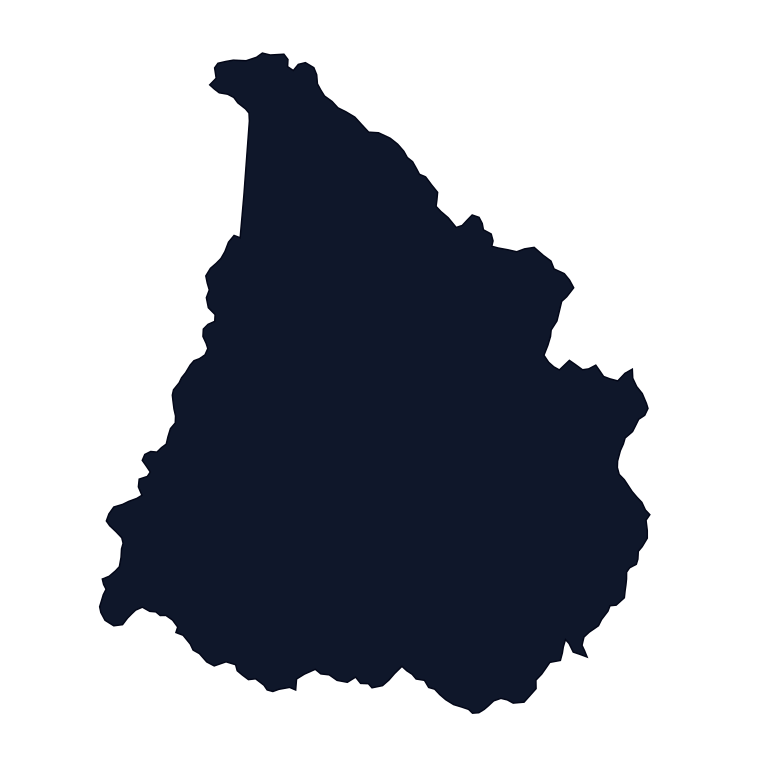 outline of Ribeirão Branco, São Paulo, Brazil, rotated 93°
{"feature_id": "56859067B550904293643", "entity_name": "Ribeirão Branco", "entity_type": "district", "adm_level": 2, "iso_a3": "BRA", "parent_name": "Brazil", "parent_adm1": "São Paulo", "projection": "albers", "projection_center": [-48.778, -24.254], "detail": "fine", "context": "isolated", "style": "filled", "palette": "ink", "viewbox_px": 768, "rotation_deg": 93, "n_neighbors": 0, "source": "geoboundaries", "source_scale": "gbopen_adm2", "svg_char_len": 3580}
<svg xmlns="http://www.w3.org/2000/svg" viewBox="0 0 768 768"><g transform="rotate(93 384 384)"><path d="M674.4,538.8L669.7,527.2L672.1,517.5L678.0,515.6L682.0,510.3L686.3,503.9L685.1,496.8L691.1,488.1L695.6,484.7L696.9,478.9L694.4,473.0L691.9,462.4L694.2,456.2L683.2,455.9L677.9,448.3L672.5,437.7L676.8,431.9L677.3,423.5L682.4,415.4L683.8,405.0L678.2,397.0L684.2,391.7L684.1,383.9L688.0,380.1L685.3,369.7L679.4,363.6L672.6,358.3L665.0,351.3L669.2,346.2L672.4,340.7L676.9,336.5L677.8,328.1L684.7,323.5L686.1,317.4L691.2,312.1L696.0,305.9L700.5,297.7L702.5,289.6L704.5,282.5L708.1,278.4L707.3,272.1L703.7,266.9L700.0,263.0L694.7,257.9L691.8,250.8L693.0,244.3L695.9,238.3L694.4,227.5L680.3,216.2L671.8,216.8L665.4,211.3L659.5,207.6L653.3,203.8L650.8,193.4L643.2,191.8L637.3,191.2L629.7,189.4L633.5,185.6L641.8,181.0L643.8,173.9L646.0,166.9L639.6,169.9L634.6,172.6L626.3,171.1L621.1,166.1L614.2,157.2L607.8,154.4L599.2,148.5L593.6,146.7L592.7,140.6L584.9,132.8L577.6,132.4L572.0,131.9L566.0,131.6L559.2,131.9L554.7,129.1L550.8,122.6L545.6,121.3L537.8,121.3L533.0,117.7L524.2,113.0L516.6,113.4L506.3,115.2L500.6,111.7L496.1,116.4L488.7,120.3L484.0,125.3L478.4,130.6L467.0,139.0L462.0,144.4L455.2,146.6L448.7,146.7L438.3,144.5L431.3,141.8L425.3,140.4L418.5,133.3L413.1,130.9L405.9,127.8L401.6,122.0L394.6,119.1L389.7,120.9L380.0,125.6L373.4,131.5L365.2,135.9L356.2,136.8L360.7,143.9L368.7,150.7L367.0,158.7L365.0,165.1L359.1,169.6L354.1,173.5L358.2,180.4L359.4,186.5L354.5,194.0L350.7,200.1L360.8,209.6L358.0,215.3L353.7,220.7L346.9,225.8L336.8,222.4L327.8,220.2L321.3,219.9L312.0,214.6L301.4,212.6L292.2,210.9L287.3,206.1L278.0,199.6L270.6,204.1L264.4,209.7L260.2,220.2L252.5,223.7L247.2,231.7L239.7,241.2L241.7,250.7L245.0,258.4L243.5,267.1L242.2,277.1L240.8,283.6L235.4,282.6L228.6,284.8L224.8,292.8L218.5,294.3L212.6,297.8L210.6,304.8L216.0,309.5L221.6,314.2L223.9,320.1L214.6,328.6L208.7,336.3L203.9,341.3L197.4,340.8L189.8,340.5L182.8,346.8L175.0,353.3L172.7,359.6L167.6,362.6L160.5,367.1L156.6,372.6L150.5,376.4L143.8,382.9L138.3,390.6L133.4,402.6L133.3,412.5L125.4,420.6L119.0,427.1L114.2,436.2L110.6,444.5L104.6,450.6L99.5,458.5L93.6,462.6L87.7,466.2L78.7,467.4L71.8,470.6L67.2,479.3L69.3,486.3L75.7,491.0L72.1,496.9L65.0,496.9L59.9,501.2L61.4,514.8L59.9,522.8L64.4,528.4L68.4,538.6L68.5,551.5L70.2,558.9L72.4,566.6L77.2,569.7L87.4,567.6L94.4,573.7L98.3,568.9L101.8,563.8L102.8,555.3L105.7,549.0L110.9,544.7L116.5,536.7L120.5,533.0L128.4,532.2L202.7,533.8L245.5,535.3L243.5,541.5L250.5,546.7L260.1,549.8L267.2,553.4L272.3,557.9L277.6,563.4L285.4,567.6L292.4,565.8L299.2,563.4L307.1,565.9L317.0,563.4L323.5,556.3L330.3,556.3L333.6,562.8L338.6,567.3L346.0,567.3L352.8,563.7L357.8,561.8L364.3,564.3L368.4,569.7L370.7,575.0L375.2,578.5L383.1,582.7L388.4,586.5L393.5,588.6L400.8,593.9L406.2,594.8L411.7,593.9L420.0,592.4L426.8,590.5L433.8,590.4L439.7,594.9L448.1,597.0L455.4,598.3L459.1,602.8L463.9,607.2L463.6,613.4L466.9,619.2L472.9,621.4L478.5,617.0L484.1,612.8L488.7,615.5L491.8,623.5L499.6,623.9L507.8,619.9L511.2,624.9L514.6,632.8L517.9,638.7L521.0,647.4L528.1,651.9L535.3,654.1L539.9,650.5L545.4,644.0L551.3,637.8L556.7,636.2L562.4,637.5L570.8,637.5L580.3,638.7L584.8,642.5L590.4,648.4L593.5,655.1L598.9,653.5L603.5,650.8L609.1,653.3L615.7,654.9L621.3,656.3L627.0,654.8L634.6,650.2L639.6,641.2L638.0,632.5L631.2,627.9L626.8,624.0L622.8,620.2L619.5,613.7L623.3,606.0L623.5,599.9L626.9,595.4L626.5,589.7L630.8,582.8L637.5,577.3L643.1,578.8L645.4,571.5L653.9,563.8L659.7,560.7L662.9,554.2L670.8,546.5L674.4,538.8Z" fill="#0f172a" stroke="#020617" stroke-width="1.5"/></g></svg>